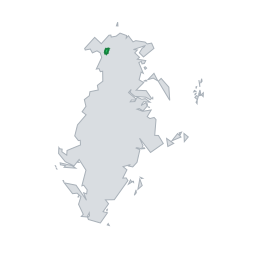 where Penza sits in Russia, rotated 106°
{"feature_id": "RUS-2373", "entity_name": "Penza", "entity_type": "Region", "adm_level": 1, "iso_a3": "RUS", "parent_name": "Russia", "parent_adm1": "", "projection": "mercator", "projection_center": [44.677, 53.167], "detail": "fine", "context": "in_parent", "style": "filled", "palette": "green", "viewbox_px": 256, "rotation_deg": 106, "n_neighbors": 0, "source": "natural_earth", "source_scale": "10m", "svg_char_len": 4837}
<svg xmlns="http://www.w3.org/2000/svg" viewBox="0 0 256 256"><g transform="rotate(106 128 128)"><path d="M171.6,187.7L165.8,189.1L166.8,188.0L166.5,185.5L169.1,185.0L171.0,179.4L166.4,180.4L157.4,169.0L153.0,170.5L153.8,172.2L150.3,177.0L138.9,177.4L126.9,171.9L125.0,176.6L118.8,174.4L112.7,177.8L107.7,174.1L103.6,174.6L99.7,167.1L95.4,169.2L90.0,165.1L80.4,168.0L81.5,170.1L78.9,172.3L80.1,174.7L67.5,172.7L63.4,175.4L62.4,179.1L65.6,182.9L62.5,186.0L64.8,190.6L63.5,191.6L50.1,185.0L54.3,176.9L44.1,171.9L43.4,170.1L45.2,169.2L43.0,164.7L39.0,161.8L39.5,154.9L42.1,154.5L39.2,153.1L43.8,146.9L41.9,144.6L40.7,135.3L41.9,132.8L39.9,128.7L44.3,125.0L55.4,132.7L52.6,137.8L47.4,136.3L45.5,134.7L44.2,134.4L51.1,144.4L50.4,140.5L53.9,142.2L56.9,136.4L59.3,138.0L58.3,129.5L61.5,130.1L62.5,132.2L60.3,133.6L62.2,135.6L71.2,128.4L70.6,130.8L78.6,130.6L80.0,125.4L89.4,130.6L87.1,120.8L93.1,113.5L94.7,114.4L93.5,119.4L95.7,130.1L93.1,135.9L90.0,135.6L93.8,137.3L97.6,128.8L99.2,128.4L100.1,132.4L102.2,133.1L100.7,128.7L95.9,127.7L96.6,122.7L95.0,119.4L97.1,113.9L98.3,120.1L101.5,121.4L102.4,121.3L98.7,117.6L101.7,115.6L107.4,118.3L106.2,122.6L107.4,124.5L107.9,118.5L104.3,110.7L111.8,112.7L112.9,109.6L110.7,105.8L112.2,103.4L127.7,100.3L126.8,96.7L133.2,89.8L145.3,99.6L134.6,114.1L140.9,108.7L144.3,109.2L144.4,113.8L144.7,114.6L145.1,114.7L145.6,110.6L158.5,109.9L164.1,112.7L164.4,116.9L162.5,115.6L166.5,122.1L168.5,117.5L177.6,119.2L176.5,115.9L178.6,113.6L200.7,121.4L203.3,129.9L206.2,125.8L215.3,128.9L215.2,124.4L226.9,128.4L226.9,140.8L225.1,142.2L223.1,140.8L220.2,141.9L224.8,142.8L225.9,148.5L223.3,147.2L215.0,154.5L206.9,154.3L204.7,159.0L206.4,163.2L198.3,174.2L197.3,162.2L208.9,148.0L202.5,152.8L202.7,149.6L198.7,150.2L195.2,154.8L196.3,156.4L180.1,156.8L171.7,166.3L179.3,169.5L177.7,179.0L171.6,187.7ZM89.9,95.5L74.7,111.8L71.2,109.8L77.5,100.0L89.9,95.5ZM181.0,167.2L183.4,178.6L181.4,177.6L182.0,182.8L180.2,183.6L179.6,171.6L181.0,167.2ZM68.3,118.1L74.5,112.3L73.1,117.5L76.0,122.2L68.3,118.1ZM173.8,102.6L179.4,98.5L184.2,101.6L173.8,102.6ZM122.1,74.6L128.2,82.3L119.7,78.8L122.1,74.6ZM120.0,67.6L125.6,70.1L117.8,72.7L120.0,67.6ZM130.2,79.8L134.8,84.6L127.4,88.0L130.2,79.8ZM185.2,103.2L188.0,102.2L190.9,103.4L185.2,103.2ZM29.1,167.1L32.7,165.8L33.0,167.3L29.1,167.1ZM65.4,71.5L68.7,70.2L62.4,73.1L65.4,71.5ZM178.9,109.4L181.9,112.1L177.2,111.3L178.9,109.4ZM66.9,127.7L65.2,129.2L64.4,128.2L65.3,126.6L66.9,127.7ZM71.6,69.3L74.5,67.8L76.0,69.4L71.6,69.3ZM81.6,69.1L80.2,72.2L78.0,71.1L78.5,69.1L81.6,69.1ZM84.5,69.7L82.0,69.2L85.6,68.3L84.5,69.7ZM77.7,123.1L78.6,125.9L77.0,123.9L77.7,123.1ZM120.6,76.0L118.6,77.5L117.2,75.4L120.6,76.0ZM73.3,65.3L77.1,64.4L75.7,66.7L73.3,65.3ZM226.9,121.2L225.3,120.7L226.9,119.1L226.9,121.2ZM62.6,69.7L64.9,70.6L60.3,70.8L62.6,69.7ZM93.2,112.4L91.1,112.8L93.2,112.2L93.2,112.4ZM143.2,106.3L144.0,108.4L142.4,107.2L143.2,106.3ZM213.9,125.3L212.6,126.0L211.9,125.4L213.9,125.3ZM76.9,73.0L75.2,71.9L78.0,72.8L76.9,73.0ZM76.5,66.9L77.6,69.1L75.5,67.7L76.5,66.9ZM187.4,184.5L187.0,185.2L186.1,186.2L187.4,184.5ZM74.0,72.8L75.2,74.8L73.6,74.5L74.0,72.8ZM101.6,115.3L100.0,116.1L99.7,116.0L101.6,115.3ZM208.0,157.1L206.9,156.8L207.9,156.3L208.0,157.1ZM178.8,107.6L178.1,109.1L177.7,108.0L178.8,107.6ZM174.6,165.5L174.8,166.6L174.2,166.4L174.6,165.5ZM197.5,174.6L196.6,176.0L196.3,175.6L197.5,174.6ZM71.3,73.4L69.8,74.0L69.3,73.4L71.3,73.4ZM102.5,112.7L102.2,114.2L101.9,113.8L102.5,112.7ZM172.9,101.2L172.0,102.3L172.3,100.0L172.9,101.2ZM184.3,187.2L185.7,186.2L184.3,187.4L184.3,187.2Z" fill="#d9dde1" stroke="#a8b0b8" stroke-width="1"/><path d="M56.8,169.0L56.8,168.8L56.8,168.7L56.8,168.4L57.1,168.4L57.2,168.5L57.3,168.5L57.3,168.4L57.4,168.5L57.5,168.4L57.6,168.5L57.6,168.4L57.8,168.5L57.9,168.4L58.0,168.4L58.1,168.2L58.3,168.0L58.5,168.1L58.8,168.1L59.0,168.2L59.0,168.3L59.1,168.5L59.3,168.6L59.5,168.6L59.8,168.7L60.0,168.7L59.9,168.5L59.9,168.4L60.0,168.2L60.4,168.1L60.5,168.1L60.8,168.2L60.8,168.3L61.0,168.2L61.0,168.3L61.0,168.2L61.3,168.2L61.5,168.1L61.8,168.1L61.9,168.3L62.0,168.5L61.9,168.5L62.0,168.5L62.2,168.8L62.2,169.0L62.3,169.1L62.5,169.1L62.6,169.3L62.7,169.5L62.8,169.5L62.7,169.6L62.7,169.8L62.8,169.7L62.8,169.8L62.7,169.9L62.7,170.1L62.8,170.3L62.7,170.3L62.8,170.4L62.8,170.5L62.7,170.6L62.6,170.8L62.4,170.8L62.4,170.7L62.1,170.8L61.9,170.9L61.8,171.0L61.7,171.0L61.6,171.3L61.4,171.2L61.2,171.1L61.0,171.3L60.9,171.3L60.7,171.3L60.5,171.5L60.4,171.5L60.4,171.4L60.2,171.3L60.2,171.2L59.9,171.2L59.8,171.3L59.7,171.3L59.6,171.5L59.4,171.5L59.2,171.4L58.9,171.3L58.7,171.3L58.4,171.3L58.3,171.2L58.2,171.2L58.1,171.3L57.9,171.2L58.0,171.1L58.1,170.9L58.2,170.7L58.0,170.4L57.9,170.4L57.8,170.2L57.7,170.1L57.5,169.9L57.4,169.9L57.3,169.7L57.2,169.4L57.1,169.2L56.9,169.1L56.8,169.0Z" fill="#22c55e" stroke="#15803d" stroke-width="1.5"/></g></svg>